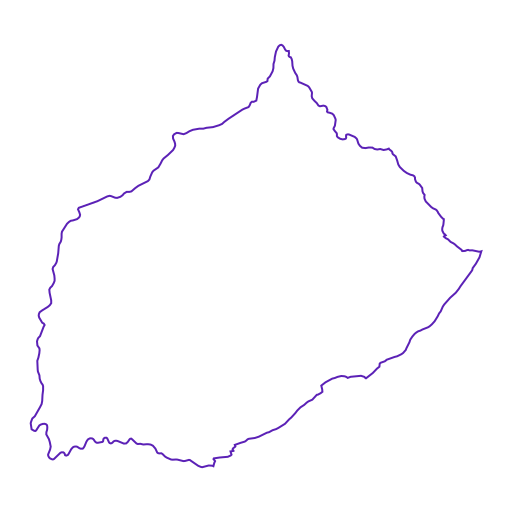 San José De Pare, Boyacá, Colombia
{"feature_id": "7082276B89227279129415", "entity_name": "San José De Pare", "entity_type": "district", "adm_level": 2, "iso_a3": "COL", "parent_name": "Colombia", "parent_adm1": "Boyacá", "projection": "albers", "projection_center": [-73.534, 6.001], "detail": "fine", "context": "isolated", "style": "outline", "palette": "violet", "viewbox_px": 512, "rotation_deg": 0, "n_neighbors": 0, "source": "geoboundaries", "source_scale": "gbopen_adm2", "svg_char_len": 5950}
<svg xmlns="http://www.w3.org/2000/svg" viewBox="0 0 512 512"><path d="M481.3,251.3L480.3,251.6L479.0,251.7L472.3,250.3L469.6,250.4L468.1,249.9L466.8,250.2L465.1,250.9L462.6,251.1L462.0,250.9L461.6,249.9L457.0,246.4L455.0,244.5L453.5,243.4L450.6,241.9L448.0,239.3L445.8,238.2L443.9,236.6L444.6,235.7L445.7,235.3L445.2,234.6L443.8,233.6L442.4,230.9L442.2,229.9L442.3,228.1L442.7,226.5L443.1,225.8L443.4,224.3L443.8,220.4L443.8,219.1L443.1,218.8L441.1,216.8L438.2,212.9L437.8,211.9L436.6,210.2L435.7,209.5L433.0,208.3L431.2,207.0L425.8,201.5L424.5,198.7L424.3,196.8L424.6,194.9L423.1,193.0L422.5,191.3L422.2,188.0L419.7,184.6L418.9,183.9L416.9,182.8L415.9,181.7L415.0,179.1L415.0,177.6L414.3,176.2L412.9,175.3L410.4,174.7L406.8,173.0L403.7,170.8L399.8,167.0L398.3,164.5L397.1,160.3L395.7,156.4L392.9,154.2L392.4,153.3L392.4,152.5L392.0,151.7L391.3,150.9L389.3,149.4L388.8,148.6L386.8,149.4L383.6,150.0L380.2,149.0L377.3,149.5L374.6,149.0L372.4,147.6L368.8,147.5L365.5,148.1L362.1,147.7L359.9,145.8L358.4,143.6L357.1,139.5L356.6,138.6L354.7,136.9L348.8,134.4L347.4,134.4L346.3,134.8L346.0,136.0L346.2,137.4L346.0,138.2L345.7,138.7L344.7,139.1L342.7,139.4L340.2,138.8L337.9,137.4L337.2,136.6L336.9,136.0L336.9,134.1L336.7,133.2L334.8,131.0L333.5,129.1L333.6,128.3L334.9,125.7L335.7,120.0L335.4,118.7L333.8,115.2L332.3,113.7L329.8,112.8L327.6,112.3L327.0,111.5L327.4,109.8L327.0,108.8L326.4,107.1L325.4,106.2L323.8,105.7L323.0,105.7L320.4,106.2L319.7,106.2L318.4,105.5L316.8,103.1L314.5,100.9L312.3,98.4L311.7,96.2L312.0,92.9L311.8,91.9L309.2,87.4L308.3,86.4L307.5,85.8L300.4,82.6L299.2,82.3L298.5,81.6L297.9,80.2L297.4,77.0L296.8,75.3L295.2,72.9L293.2,68.6L292.5,65.7L292.2,61.3L291.7,59.1L290.8,57.3L289.7,57.0L288.9,56.3L288.6,55.6L289.0,53.5L288.8,51.0L287.4,51.1L286.2,50.8L285.1,49.5L283.8,46.9L282.5,45.4L281.2,44.8L279.7,45.3L278.3,46.6L276.0,51.5L274.8,57.2L274.5,60.6L273.5,64.0L273.4,68.1L272.6,71.3L269.9,76.4L267.7,78.6L267.4,81.1L266.4,81.8L262.0,83.2L260.3,84.7L258.1,88.6L257.0,97.0L256.3,100.6L253.7,101.8L252.0,101.7L250.7,102.8L249.6,105.5L248.5,107.1L244.5,108.6L242.4,109.6L228.6,118.7L224.3,121.9L222.1,123.9L219.2,125.2L213.0,127.1L206.5,127.8L203.2,128.7L199.1,128.7L192.9,129.8L189.5,131.2L186.4,133.1L183.6,134.2L178.3,133.0L176.6,132.9L174.1,134.3L172.9,136.0L173.1,138.6L174.4,141.4L175.1,143.7L175.2,145.7L174.4,147.7L173.1,150.0L167.9,155.0L163.6,158.5L162.2,160.3L160.5,163.7L158.3,167.4L153.5,170.7L152.2,172.3L150.3,176.6L149.4,179.5L147.9,181.1L138.4,185.8L135.1,188.2L131.4,191.4L129.3,191.9L126.6,191.9L124.0,193.5L122.6,195.2L120.4,196.8L117.1,197.9L115.1,197.7L111.3,196.2L109.7,195.8L107.3,196.4L97.4,201.2L78.8,207.8L78.0,209.3L79.3,212.2L80.1,214.8L79.7,216.5L79.0,217.5L77.1,219.1L73.0,220.4L70.7,220.8L68.9,222.0L67.0,223.8L62.8,230.4L62.0,231.6L61.6,233.7L61.6,237.5L61.3,239.7L60.8,241.6L59.3,244.1L58.8,245.9L58.2,253.3L56.8,261.3L56.3,262.8L54.9,265.2L53.2,267.0L52.6,269.0L54.3,275.4L54.6,278.6L54.6,280.8L53.7,283.1L52.0,286.1L50.3,287.7L49.3,289.6L49.6,292.8L51.2,300.4L51.2,303.2L49.7,305.3L47.8,306.9L42.3,310.3L39.7,312.2L38.9,314.0L38.7,315.7L39.2,317.6L42.2,322.7L43.8,323.6L44.6,325.0L43.6,326.8L40.0,336.2L38.4,337.8L37.7,339.1L37.0,341.3L37.4,345.5L39.4,348.4L39.6,350.2L39.3,353.3L38.4,357.6L37.3,360.8L37.7,369.7L37.9,371.5L39.4,375.3L39.7,378.7L40.4,381.0L41.6,383.4L42.6,384.6L43.1,386.2L43.1,390.2L42.5,394.9L42.2,401.0L41.6,404.1L40.0,407.2L34.8,416.3L32.3,418.5L31.1,421.7L30.7,423.2L31.6,429.3L34.2,430.8L35.3,431.0L36.1,430.5L39.3,425.5L40.7,424.6L42.8,423.9L44.6,423.8L45.9,424.2L46.8,424.9L47.2,426.0L47.3,427.7L47.1,429.9L46.4,432.1L46.3,434.4L48.9,439.1L49.8,442.1L50.7,446.6L50.1,449.5L48.1,454.5L48.2,455.7L49.1,457.5L50.2,458.5L52.3,459.4L53.1,459.4L54.0,459.0L60.4,452.8L61.6,452.3L63.2,452.3L64.0,452.8L64.6,453.6L65.1,455.2L66.2,455.6L67.8,455.0L68.6,453.9L71.2,449.2L72.9,447.3L73.8,446.8L75.1,446.5L76.2,446.5L77.3,446.8L79.4,448.2L80.7,448.7L82.5,448.7L83.1,448.4L84.4,446.5L86.4,441.7L87.2,440.4L88.2,439.2L90.1,438.3L92.0,438.4L93.0,438.9L93.8,439.7L94.9,441.4L95.9,442.3L96.6,442.7L97.8,442.8L102.5,441.9L103.1,441.2L103.4,439.1L103.9,438.4L104.7,437.8L106.3,437.7L107.2,438.3L109.0,442.3L109.6,443.0L110.7,443.4L111.6,443.2L112.4,442.7L113.6,441.4L114.6,440.9L116.0,440.7L117.6,441.0L123.9,443.6L126.2,443.4L127.8,441.9L129.6,439.3L130.2,438.8L131.2,438.6L132.0,439.2L136.5,443.5L137.8,444.0L140.3,443.8L143.3,444.5L147.0,444.2L148.9,444.3L150.7,444.6L152.9,445.7L155.4,448.6L157.2,452.5L158.0,453.1L159.2,453.4L161.4,453.3L162.5,454.0L165.0,456.5L166.7,457.6L171.0,459.5L172.5,459.7L176.0,459.5L177.4,459.6L183.4,461.1L184.9,461.0L188.9,459.9L189.8,460.0L198.2,465.8L200.8,466.9L202.2,467.2L208.7,465.5L212.3,465.7L213.4,466.2L214.3,462.8L215.1,461.1L213.5,459.1L213.8,458.4L219.7,457.5L227.8,456.8L230.7,455.5L231.5,454.7L230.5,451.4L233.5,450.9L233.5,450.7L232.6,449.5L232.7,449.0L233.1,448.3L235.2,446.7L235.4,446.4L234.8,444.9L240.7,442.8L244.8,441.6L246.1,440.7L247.6,439.3L248.8,438.8L254.8,438.0L258.8,436.7L266.9,432.7L269.0,432.2L272.6,430.2L276.1,429.1L278.4,427.9L285.0,423.8L289.2,419.3L291.3,417.5L295.3,413.1L297.3,410.5L300.5,407.3L304.2,404.9L306.7,402.6L308.4,401.4L312.3,399.7L316.8,394.8L317.8,394.7L320.6,393.2L322.4,391.8L322.2,389.4L321.3,385.6L325.5,382.3L332.3,378.6L334.8,378.0L337.5,376.9L341.3,376.0L344.7,376.3L346.5,377.0L347.7,377.9L350.6,376.8L361.0,375.8L364.4,376.9L365.6,378.2L366.0,378.3L372.8,373.0L377.0,368.6L379.4,366.7L379.7,363.7L380.5,362.8L384.8,361.3L386.0,360.4L386.5,359.8L394.7,356.9L397.1,356.3L401.4,354.2L403.1,353.0L405.8,349.9L406.3,348.5L409.4,342.3L410.3,339.6L412.4,336.5L414.6,333.9L416.3,332.5L418.2,331.3L420.4,330.6L422.4,329.5L428.0,327.3L429.6,326.3L431.8,324.4L434.6,321.3L437.7,316.3L439.1,313.4L440.7,311.4L442.8,306.6L444.2,304.5L450.2,297.7L455.8,292.7L458.8,288.9L460.5,286.2L471.8,270.8L472.3,269.9L472.7,268.1L475.9,263.7L479.5,257.3L481.3,251.3Z" fill="none" stroke="#5b21b6" stroke-width="2"/></svg>